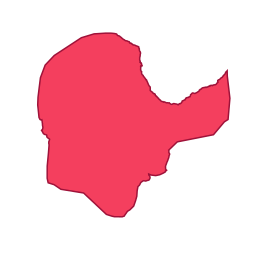 outline of Bukavu, Sud-Kivu, Democratic Republic of the Congo, rotated 282°
{"feature_id": "63176286B64827262038855", "entity_name": "Bukavu", "entity_type": "district", "adm_level": 2, "iso_a3": "COD", "parent_name": "Democratic Republic of the Congo", "parent_adm1": "Sud-Kivu", "projection": "albers", "projection_center": [28.866, -2.508], "detail": "fine", "context": "isolated", "style": "filled", "palette": "rose", "viewbox_px": 256, "rotation_deg": 282, "n_neighbors": 0, "source": "geoboundaries", "source_scale": "gbopen_adm2", "svg_char_len": 5648}
<svg xmlns="http://www.w3.org/2000/svg" viewBox="0 0 256 256"><g transform="rotate(282 128 128)"><path d="M183.6,40.8L172.3,33.9L159.0,31.9L148.4,32.8L139.4,33.6L131.8,34.9L119.7,38.8L118.9,39.5L118.2,40.0L118.0,40.3L118.0,40.8L117.8,41.1L117.8,41.6L118.1,42.0L116.2,42.8L115.1,43.1L114.6,43.4L113.1,43.7L111.5,44.4L111.2,44.6L109.0,44.7L108.2,44.2L107.9,44.0L107.7,43.9L107.6,44.0L107.3,44.2L107.2,44.6L107.1,44.9L106.5,45.1L105.7,45.8L105.0,46.3L104.8,46.6L104.7,47.1L104.4,47.6L104.3,49.8L104.1,50.0L103.8,50.1L102.7,50.4L102.2,50.7L101.7,51.5L100.9,53.4L100.8,53.6L100.6,53.7L99.4,53.6L98.0,53.4L96.5,53.7L95.1,54.3L93.7,54.5L86.9,55.4L73.9,56.9L62.0,59.4L57.8,61.3L57.2,67.5L54.1,75.1L55.2,98.1L39.0,124.8L38.4,130.8L38.4,133.2L39.1,136.5L39.9,140.7L41.1,142.7L42.2,143.0L43.3,143.5L46.4,144.8L48.4,146.9L52.8,149.8L58.2,150.5L63.1,150.8L68.5,150.0L72.8,149.9L74.3,151.0L75.4,151.4L76.1,151.5L77.4,151.9L79.2,153.5L79.7,154.3L79.8,156.4L80.7,157.8L81.0,158.6L81.8,159.6L82.2,159.6L83.2,159.9L84.0,159.9L84.5,159.7L85.9,159.0L86.0,158.4L86.6,158.0L87.3,157.8L86.8,160.4L87.2,165.0L88.9,168.8L91.3,172.0L92.8,173.6L93.8,173.6L94.1,174.2L94.7,174.6L94.9,174.4L95.0,173.9L95.4,173.4L97.3,172.9L97.9,172.7L99.0,172.7L100.0,172.8L100.8,173.0L102.2,173.1L104.4,173.6L105.7,173.7L106.6,173.9L107.7,174.0L108.7,174.0L109.5,173.9L110.6,174.2L111.3,174.1L112.0,173.6L112.3,173.1L113.7,172.8L114.3,172.8L114.8,172.4L124.7,179.1L139.2,213.0L154.1,221.0L157.1,224.1L178.2,221.5L199.5,214.3L204.6,213.1L204.1,212.8L203.7,212.7L203.1,212.2L202.9,211.9L201.9,211.9L201.1,211.7L200.7,211.4L200.3,211.3L199.8,210.8L199.0,210.5L198.6,210.1L198.2,210.1L197.7,209.8L197.1,209.6L196.9,209.2L196.4,208.8L196.2,208.5L196.0,208.4L195.8,208.2L195.1,207.9L194.7,207.6L194.2,207.0L193.9,206.5L193.2,205.9L192.3,206.0L192.0,206.3L191.8,206.4L191.4,206.5L191.1,206.3L190.7,206.0L190.2,205.5L189.5,205.4L188.6,204.7L188.5,204.4L188.5,204.2L188.2,203.7L188.0,202.9L187.7,202.6L187.5,202.2L187.1,202.0L187.0,201.6L187.0,201.4L187.2,201.2L186.8,199.9L186.7,199.7L186.4,199.8L186.0,199.4L186.2,199.2L186.0,198.8L185.6,198.4L185.4,198.0L185.2,197.9L185.1,197.7L184.9,197.6L184.6,197.4L184.5,197.1L184.5,196.7L184.4,196.5L184.0,196.2L183.9,195.9L184.1,195.8L184.1,195.5L183.9,194.9L183.5,194.5L183.4,193.9L182.7,192.4L182.1,191.9L181.3,191.5L181.0,191.1L181.0,190.9L180.9,190.7L180.5,190.4L180.2,190.4L179.8,189.9L179.0,189.8L178.4,189.5L177.7,188.6L177.0,188.0L176.6,187.4L176.0,186.7L175.7,186.3L175.7,186.1L175.7,185.0L175.8,184.1L175.5,183.7L175.3,183.4L174.1,182.8L173.9,182.5L173.7,182.3L172.4,182.3L171.7,182.2L171.4,182.1L171.3,181.9L171.2,181.3L171.1,181.2L170.8,180.9L170.4,180.7L170.3,180.1L170.2,179.7L169.9,179.3L169.7,179.2L169.7,178.9L169.6,178.7L169.3,178.5L169.0,178.5L168.8,178.2L168.2,178.2L167.4,177.9L167.3,177.5L166.3,176.4L165.9,175.9L165.8,175.5L164.7,175.3L164.2,175.2L163.2,174.6L162.9,174.3L162.7,174.2L162.6,173.5L162.5,173.3L162.1,173.0L162.0,172.8L161.3,172.4L161.1,172.2L161.3,171.5L161.5,171.0L161.5,169.9L161.4,169.3L161.5,168.7L161.3,167.3L160.9,166.8L160.5,166.4L160.2,165.9L160.2,165.2L160.6,164.0L161.0,163.4L161.2,163.2L161.0,162.4L160.9,162.3L160.9,161.4L160.6,160.2L160.8,159.8L160.9,159.3L161.1,158.1L160.7,157.6L160.8,157.1L160.9,156.9L161.1,156.8L161.1,156.7L161.0,156.3L161.0,155.4L161.2,154.8L161.3,154.6L162.0,153.9L162.1,153.7L162.1,153.2L162.5,152.6L162.7,152.4L162.9,152.0L163.0,151.9L163.3,151.8L163.4,151.3L163.8,151.0L164.5,150.0L164.5,149.7L164.7,149.3L164.9,149.3L165.1,149.2L165.2,148.9L165.3,148.6L165.4,148.2L165.7,147.9L165.8,147.8L166.4,147.7L166.9,147.2L167.1,146.6L166.9,146.1L167.1,145.5L167.2,145.3L167.6,145.1L168.1,144.6L168.4,143.5L168.9,142.7L169.1,142.3L169.2,142.1L169.4,141.9L169.9,141.9L170.1,141.8L170.5,141.7L170.9,141.6L171.7,141.5L172.9,141.0L173.6,139.9L174.0,139.6L174.3,139.3L174.4,139.2L175.3,138.6L175.9,138.2L176.2,137.9L176.5,137.8L176.9,137.5L177.1,137.3L177.3,137.2L177.7,136.8L177.9,136.7L178.4,136.5L178.9,136.1L179.2,135.5L179.1,135.3L179.4,135.2L179.8,134.8L180.0,134.5L181.1,133.4L181.5,132.7L181.8,132.3L182.3,132.1L182.5,131.9L182.8,131.5L183.1,130.8L183.4,130.5L184.0,130.1L184.3,130.0L184.6,129.9L185.1,129.7L185.8,129.7L186.0,129.6L186.1,129.3L186.2,129.1L186.6,128.9L187.1,128.4L187.5,128.2L187.8,128.3L188.0,128.2L188.6,128.1L189.3,127.9L189.9,127.9L190.1,127.9L190.3,127.7L191.0,127.5L191.4,127.6L191.3,128.1L191.4,128.4L191.6,128.8L191.9,128.9L192.4,128.5L192.6,128.4L192.9,128.1L193.1,128.0L193.5,128.0L194.0,127.5L194.0,127.4L194.1,127.1L194.3,127.1L194.6,127.1L194.7,126.6L195.1,126.3L195.0,126.1L195.6,126.1L195.7,125.9L195.9,125.9L196.2,125.7L196.3,125.6L196.5,125.7L197.3,125.2L197.7,125.1L198.5,125.0L199.2,124.8L199.9,124.9L200.2,124.9L200.4,124.8L200.8,124.9L201.1,124.9L201.6,124.8L201.9,124.7L203.4,124.7L204.0,124.7L204.4,124.4L205.0,124.2L205.4,123.6L206.0,123.2L207.1,122.7L207.6,122.7L208.1,122.4L208.3,122.1L208.9,121.7L209.4,121.8L209.5,121.6L209.8,121.0L209.9,120.1L210.0,119.9L210.1,118.6L210.5,117.4L210.5,117.2L210.4,116.5L210.3,116.0L210.3,115.8L210.4,115.6L210.5,115.7L210.9,115.0L210.9,114.7L211.0,114.6L211.1,114.4L211.1,114.1L211.3,113.9L211.2,113.7L211.3,113.5L211.5,113.5L211.5,112.9L211.4,112.6L211.4,112.4L211.8,112.2L211.8,111.7L212.5,111.4L212.7,111.1L212.7,110.1L212.7,109.7L213.0,109.1L212.9,107.7L213.0,106.9L213.5,106.2L213.5,105.8L213.7,105.3L213.8,104.9L214.1,104.4L214.7,103.2L215.1,102.7L215.2,102.4L215.6,101.5L215.9,101.0L216.1,100.7L216.3,99.6L216.3,98.6L216.7,98.1L217.1,97.8L217.5,97.4L217.6,97.0L217.6,95.9L217.6,95.1L217.3,92.1L216.1,86.3L213.0,75.2L206.6,63.6L183.6,40.8Z" fill="#f43f5e" stroke="#9f1239" stroke-width="1.5"/></g></svg>